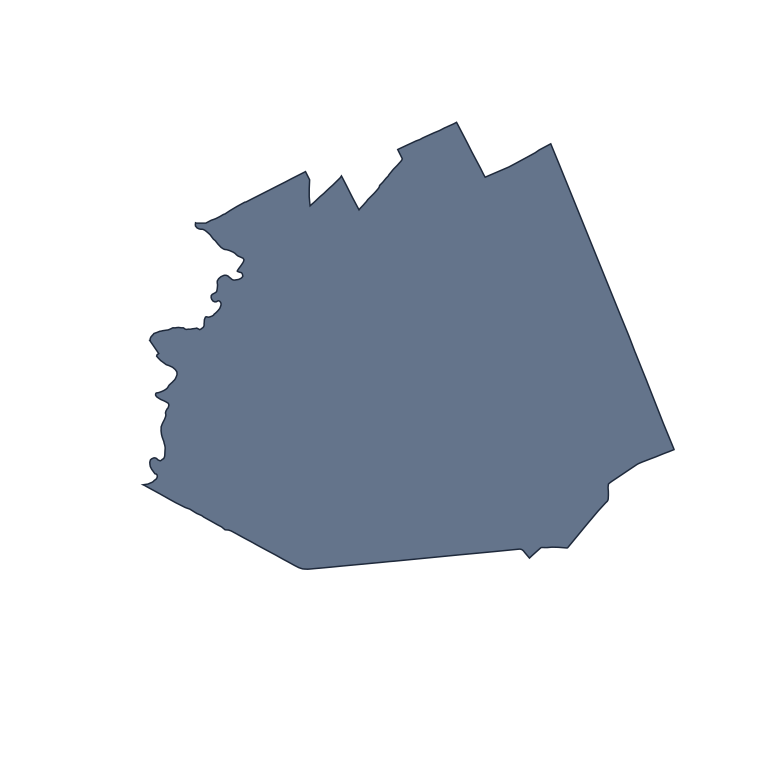 outline of Gologanu, Vrancea, Romania, rotated 332°
{"feature_id": "2599482B67293682985135", "entity_name": "Gologanu", "entity_type": "district", "adm_level": 2, "iso_a3": "ROU", "parent_name": "Romania", "parent_adm1": "Vrancea", "projection": "orthographic", "projection_center": [27.287, 45.606], "detail": "fine", "context": "isolated", "style": "filled", "palette": "slate", "viewbox_px": 768, "rotation_deg": 332, "n_neighbors": 0, "source": "geoboundaries", "source_scale": "gbopen_adm2", "svg_char_len": 5955}
<svg xmlns="http://www.w3.org/2000/svg" viewBox="0 0 768 768"><g transform="rotate(332 384 384)"><path d="M609.3,578.1L609.5,577.1L612.2,549.5L613.2,541.0L614.3,531.3L617.1,506.9L617.4,504.6L618.6,493.0L620.6,474.6L620.6,474.1L622.2,461.3L622.9,455.4L624.9,435.3L638.2,307.3L641.2,278.1L641.7,273.4L644.0,250.2L642.2,250.2L637.4,250.2L632.8,250.2L630.8,250.2L628.5,250.5L626.1,250.8L604.3,251.0L596.1,251.0L575.6,249.3L570.4,248.9L570.3,245.6L570.5,238.9L570.5,232.1L570.5,220.7L570.7,211.5L570.8,203.6L570.9,190.4L570.9,187.0L567.5,187.0L557.5,186.3L552.0,186.3L546.2,185.7L536.9,185.1L533.5,184.9L530.5,185.0L526.3,184.4L522.0,184.2L516.7,183.9L508.7,183.5L506.2,183.4L506.1,185.7L506.0,189.7L505.9,193.7L505.2,194.4L503.5,195.3L501.5,196.0L498.3,197.2L493.7,198.6L492.1,199.2L488.4,200.8L486.5,201.6L485.3,202.4L482.4,203.3L477.6,205.3L473.4,206.6L472.1,208.0L470.8,208.7L467.3,210.1L464.5,211.1L456.2,213.6L454.0,214.7L452.0,215.4L450.0,216.2L445.5,217.7L443.7,218.5L443.7,211.8L443.7,205.2L443.8,199.6L444.0,191.7L444.1,183.0L444.1,180.3L442.3,181.3L439.3,182.2L431.9,184.4L428.1,185.3L424.1,186.4L420.3,187.5L415.6,188.5L411.7,189.6L409.3,190.3L406.9,190.9L404.6,191.4L402.4,192.0L403.0,190.4L405.9,183.5L409.7,176.4L414.2,168.8L414.4,159.6L413.0,159.6L398.4,159.3L391.7,159.3L387.3,159.2L382.7,159.1L360.0,158.7L355.7,158.6L347.6,158.5L346.4,158.1L337.4,158.2L333.3,158.4L329.5,158.6L325.2,159.0L323.6,159.2L321.7,158.9L317.6,159.1L313.1,159.0L310.8,158.7L308.4,158.3L302.2,158.3L298.6,156.4L293.9,153.9L293.3,153.2L292.6,154.2L292.3,154.6L291.7,156.0L292.2,158.4L293.4,160.1L294.5,161.1L296.6,162.3L297.9,164.0L298.7,165.7L299.8,168.5L300.6,170.8L300.8,172.5L301.0,173.7L301.4,176.1L302.3,178.2L302.7,180.5L303.1,182.7L304.3,187.0L305.7,189.5L306.7,190.6L308.1,191.5L310.3,193.7L312.8,196.9L313.8,198.7L314.4,200.7L315.2,202.5L316.7,204.3L317.9,205.9L318.6,206.8L318.7,208.5L317.8,209.6L316.5,210.6L312.9,212.5L309.7,214.0L307.6,215.2L307.4,215.7L308.5,217.0L309.4,217.9L310.4,218.8L310.6,220.0L310.3,221.6L309.8,222.7L308.7,223.2L307.8,223.5L305.5,223.5L304.7,223.4L303.2,222.9L302.1,222.5L301.3,222.3L300.2,221.8L299.4,221.0L298.7,220.0L298.4,219.0L297.5,217.0L297.0,215.5L295.9,214.1L294.5,213.2L293.5,212.9L290.4,212.7L287.4,213.4L285.1,214.8L284.2,216.5L283.6,218.3L282.6,219.9L281.6,221.4L280.6,222.7L279.7,223.7L278.7,224.1L277.4,224.2L275.8,224.2L274.4,224.2L272.9,224.9L271.9,226.6L271.6,228.4L271.8,229.4L271.9,230.4L273.0,231.9L274.2,232.6L275.0,232.7L276.1,232.6L276.8,232.7L277.3,233.2L277.7,233.7L277.9,234.3L278.0,234.9L278.0,235.8L277.8,236.7L277.2,237.7L276.7,238.2L275.3,239.5L274.2,240.3L272.1,241.2L269.7,242.0L268.1,242.4L266.8,242.6L265.8,243.2L264.0,243.3L261.9,243.0L260.5,242.7L258.5,241.1L257.6,241.2L256.3,242.3L255.5,243.0L255.0,243.9L254.2,245.2L253.2,246.7L253.0,247.4L252.5,248.0L251.9,248.5L251.2,249.0L250.5,249.2L248.8,249.4L247.8,249.6L246.8,249.5L244.9,246.7L244.2,246.6L242.0,245.8L240.5,245.2L239.5,245.0L238.5,244.6L237.8,244.2L237.0,243.7L235.8,243.3L234.9,242.9L234.4,242.4L234.0,241.8L233.6,240.9L233.4,240.4L233.2,240.2L232.5,239.8L231.2,239.1L230.7,238.7L229.7,238.0L228.8,237.4L228.4,237.3L227.5,236.9L226.6,236.6L226.1,236.5L225.6,236.2L224.9,235.8L224.2,235.4L223.7,235.2L223.2,235.2L221.9,235.2L220.6,235.1L219.6,235.0L218.8,234.9L217.7,234.5L216.9,234.2L215.2,233.6L214.1,233.2L213.5,233.0L212.5,232.8L211.5,232.5L210.9,232.2L209.9,232.1L207.9,231.9L207.1,231.8L206.0,231.6L205.1,231.5L204.7,231.4L204.3,231.5L203.6,231.9L203.0,232.1L202.7,232.1L201.8,232.5L200.6,232.9L199.7,233.5L198.9,234.2L198.2,235.3L198.1,235.6L197.6,235.5L199.4,251.4L197.4,251.6L196.3,252.7L196.8,254.9L197.8,258.4L200.8,264.7L202.7,266.7L205.2,270.0L206.5,273.3L206.8,276.1L205.7,278.5L204.4,279.7L202.4,281.3L200.9,282.1L199.4,282.5L198.1,283.0L196.8,283.3L193.8,284.1L192.7,284.7L191.5,285.5L190.3,286.0L189.2,286.2L187.0,286.4L184.8,286.3L182.9,286.1L180.6,285.7L179.0,285.1L178.3,285.1L177.6,285.7L177.1,286.6L177.1,287.6L177.5,289.2L178.2,290.3L178.8,291.5L179.8,293.1L182.0,295.8L183.4,297.9L184.5,299.8L184.2,301.6L182.8,303.1L181.8,303.9L181.1,304.0L178.8,305.5L177.4,307.0L177.2,308.1L176.8,309.0L176.0,310.1L174.2,311.7L172.9,312.7L171.4,313.7L169.5,315.1L167.1,317.2L166.1,319.1L165.2,320.6L163.9,324.0L163.3,326.4L162.9,328.9L162.6,331.4L162.1,333.0L161.6,335.4L161.2,336.6L160.8,337.7L159.3,340.1L157.4,343.3L156.5,344.7L155.6,345.6L154.3,346.5L153.1,346.4L151.7,346.8L150.4,346.8L149.3,345.6L148.7,344.7L148.2,342.9L147.0,341.6L145.8,341.1L143.6,341.0L142.1,341.4L140.5,343.1L139.6,345.1L138.9,347.2L138.8,350.0L139.1,352.1L139.6,355.7L140.8,356.8L140.9,357.8L140.5,359.1L139.7,360.1L138.2,361.0L135.8,361.3L134.5,361.8L132.8,361.9L131.1,361.7L129.5,361.6L128.4,361.5L127.4,361.1L124.6,360.1L124.0,359.9L124.6,360.7L128.8,367.1L133.9,374.8L139.9,384.2L144.4,391.1L150.5,399.7L152.3,401.7L153.8,403.3L156.9,408.7L158.0,410.5L161.2,414.5L162.6,417.3L166.8,423.7L170.8,430.0L173.5,433.9L175.2,438.1L178.2,440.0L180.0,441.9L188.3,454.5L191.0,458.5L192.3,460.4L196.6,467.1L202.2,475.5L208.0,484.1L212.6,491.3L215.7,495.9L219.8,502.2L222.6,506.2L225.3,509.0L226.5,509.8L229.7,511.7L232.2,512.8L235.8,514.3L241.9,516.9L251.2,520.8L260.7,524.7L266.2,527.0L272.4,529.6L277.2,531.6L281.2,533.3L288.0,536.1L297.8,540.2L305.4,543.3L310.0,545.3L349.7,561.7L371.0,570.5L387.0,577.2L403.1,583.9L425.7,593.2L426.5,593.6L427.4,594.3L428.2,595.3L428.8,596.8L429.2,599.1L430.7,606.0L434.3,605.0L445.6,602.2L446.5,602.4L450.2,604.5L451.6,605.2L455.7,606.9L461.2,610.0L468.6,614.7L469.1,614.8L469.5,614.7L482.8,609.2L493.1,604.9L499.7,602.2L513.4,596.7L523.8,593.0L526.0,592.4L526.9,591.9L527.9,590.9L530.0,587.4L531.9,583.7L532.5,582.2L533.3,580.5L534.5,578.7L535.2,577.7L536.2,577.4L539.6,576.9L552.4,575.6L556.2,575.2L560.0,574.8L567.9,574.0L569.7,573.8L571.6,573.8L576.1,574.2L577.5,574.4L585.0,575.3L589.5,575.9L593.5,576.3L597.5,576.7L605.6,577.7L609.3,578.1Z" fill="#64748b" stroke="#1e293b" stroke-width="1.5"/></g></svg>